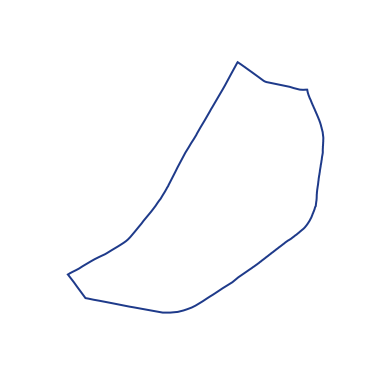 Ain Shams, Al Qahirah, Egypt, rotated 163°
{"feature_id": "37247803B66210800118153", "entity_name": "Ain Shams", "entity_type": "district", "adm_level": 2, "iso_a3": "EGY", "parent_name": "Egypt", "parent_adm1": "Al Qahirah", "projection": "robinson", "projection_center": [31.326, 30.123], "detail": "fine", "context": "isolated", "style": "outline", "palette": "blue", "viewbox_px": 384, "rotation_deg": 163, "n_neighbors": 0, "source": "geoboundaries", "source_scale": "gbopen_adm2", "svg_char_len": 5675}
<svg xmlns="http://www.w3.org/2000/svg" viewBox="0 0 384 384"><g transform="rotate(163 192 192)"><path d="M334.8,149.4L331.3,140.1L329.7,135.3L328.0,130.5L324.9,121.7L322.2,120.3L317.7,117.8L312.4,115.1L307.1,112.3L302.0,109.6L296.2,106.5L291.0,103.7L285.4,100.7L281.4,98.7L271.7,93.7L255.2,85.2L247.9,83.0L240.7,81.5L238.9,81.4L234.7,81.2L231.0,81.3L226.1,81.6L221.9,82.3L217.9,83.3L213.6,84.4L208.9,85.8L205.4,86.8L201.9,87.7L195.8,89.5L190.8,91.0L185.1,92.5L179.8,93.9L175.7,95.6L172.6,96.9L169.1,98.0L161.2,100.5L160.3,100.8L157.0,101.8L156.5,102.0L156.0,102.2L155.0,102.5L154.6,102.6L154.2,102.7L153.9,102.8L153.5,103.0L152.7,103.2L152.0,103.5L151.2,103.7L150.5,104.0L149.6,104.3L148.7,104.6L147.9,105.0L147.0,105.3L146.7,105.4L146.3,105.5L146.0,105.7L145.7,105.8L145.0,106.1L144.4,106.3L143.6,106.6L142.9,106.8L142.1,107.2L141.7,107.3L141.3,107.4L140.5,107.8L140.4,107.8L139.7,108.1L139.0,108.3L138.3,108.6L138.2,108.6L137.7,108.8L137.0,109.1L136.5,109.3L136.2,109.4L136.0,109.5L135.6,109.6L135.1,109.8L134.5,110.1L134.3,110.1L134.2,110.2L133.6,110.4L132.8,110.7L132.7,110.7L132.1,110.9L131.4,111.2L130.8,111.4L130.7,111.5L130.1,111.7L129.5,111.9L128.8,112.2L128.4,112.4L128.2,112.4L127.9,112.5L127.5,112.7L127.2,112.8L126.8,112.9L126.1,113.2L125.7,113.3L125.4,113.5L124.6,113.8L124.2,113.9L123.9,114.0L123.4,114.2L122.8,114.4L122.3,114.6L121.8,114.8L121.2,115.0L120.6,115.3L120.4,115.3L119.9,115.5L119.6,115.6L119.3,115.7L118.8,115.9L118.4,116.1L118.1,116.2L117.9,116.3L117.4,116.5L117.0,116.6L116.8,116.7L116.6,116.8L116.2,116.9L115.9,117.0L115.2,117.2L114.8,117.4L114.3,117.5L113.7,117.6L113.4,117.7L113.1,117.8L112.9,117.8L112.5,117.9L111.9,118.1L111.5,118.2L111.2,118.3L110.8,118.4L110.4,118.5L109.9,118.8L109.3,119.0L108.7,119.2L108.3,119.4L108.1,119.4L107.6,119.6L106.2,120.2L104.9,120.6L104.5,120.7L104.1,120.9L103.4,121.2L102.7,121.5L102.4,121.6L102.1,121.7L101.2,122.1L100.4,122.5L100.0,122.6L99.6,122.8L98.7,123.2L98.0,123.5L97.2,123.8L96.5,124.1L95.6,124.5L95.3,124.7L94.9,124.9L94.6,125.1L94.0,125.4L93.7,125.7L93.4,125.9L92.7,126.3L92.3,126.6L91.9,126.9L91.4,127.3L90.8,127.7L90.3,128.2L89.7,128.6L89.2,129.1L88.8,129.4L88.5,129.7L88.1,130.0L87.8,130.3L87.4,130.7L87.0,131.1L86.6,131.5L86.3,131.9L85.9,132.2L85.5,132.6L85.1,133.1L84.8,133.4L84.4,134.0L84.1,134.3L83.9,134.6L83.4,135.2L83.0,135.8L82.5,136.3L82.1,136.8L81.9,137.1L81.7,137.4L81.2,137.9L80.9,138.3L80.6,138.8L80.2,139.2L79.9,139.6L79.7,139.9L79.5,140.3L79.3,140.6L79.1,140.9L78.8,141.3L78.6,141.6L78.3,141.9L78.1,142.1L77.8,142.3L77.6,142.8L77.3,143.4L77.1,144.0L76.8,144.6L76.4,145.5L76.0,146.4L75.7,147.0L75.4,147.6L75.2,148.2L74.9,148.8L74.8,149.1L74.7,149.4L74.3,150.5L74.2,150.8L74.0,151.4L73.7,152.3L73.4,153.2L73.2,153.6L73.0,154.1L72.7,154.9L72.6,155.3L72.4,155.6L71.7,157.3L70.9,159.0L70.1,160.7L69.3,162.3L68.8,163.5L68.5,164.1L68.3,164.7L67.7,165.9L67.2,167.1L67.0,167.6L66.8,168.0L66.6,168.5L66.3,169.0L65.9,169.9L65.7,170.3L65.5,170.7L65.0,171.6L64.8,172.1L64.6,172.5L64.2,173.3L64.0,173.7L63.8,174.1L63.5,174.9L63.3,175.3L63.1,175.7L62.8,176.3L62.7,176.5L62.5,176.9L62.3,177.3L61.9,178.1L61.7,178.5L61.5,178.9L61.1,179.8L60.9,180.3L60.6,180.7L60.2,181.6L59.7,182.5L59.5,183.0L59.2,183.6L59.0,184.1L58.7,184.6L58.2,185.6L58.0,186.2L57.7,186.8L57.2,187.9L56.6,189.0L56.3,189.6L56.0,190.2L55.7,190.8L55.4,191.4L55.3,191.9L55.0,192.7L55.0,193.0L54.9,193.1L54.6,194.1L54.4,194.8L54.1,195.5L53.8,196.3L53.6,197.0L53.5,197.4L53.3,197.7L53.0,198.4L52.8,199.1L52.6,199.6L52.4,200.1L52.2,200.6L52.1,201.1L51.8,201.7L51.6,202.3L51.4,203.0L51.2,203.6L51.0,204.1L50.8,204.6L50.7,205.1L50.5,205.7L50.4,206.1L50.4,206.4L50.3,206.8L50.2,207.2L50.2,207.5L50.1,208.1L49.9,208.9L49.9,209.3L49.8,209.7L49.6,210.6L49.6,210.9L49.5,211.3L49.5,211.8L49.5,212.6L49.4,213.4L49.4,214.1L49.4,214.8L49.3,215.5L49.3,216.1L49.3,217.0L49.2,217.8L49.2,218.6L49.2,219.5L49.2,220.0L49.2,220.6L49.2,221.4L49.3,222.3L49.3,222.8L49.3,223.3L49.4,224.4L49.5,224.9L49.5,225.4L49.6,226.5L49.7,227.5L49.8,228.4L49.9,229.3L49.9,229.8L50.0,230.2L50.1,231.1L50.2,231.7L50.2,232.3L50.4,233.4L50.4,234.0L50.5,234.6L50.6,235.8L50.8,236.9L50.9,237.9L50.9,238.2L51.0,239.0L51.1,239.5L51.2,240.1L51.2,240.7L51.3,241.3L51.4,241.9L51.4,242.5L51.5,243.2L51.5,243.8L51.6,244.2L51.6,244.4L51.6,245.1L51.7,245.6L51.8,246.1L51.8,246.6L51.9,247.0L52.0,247.4L52.0,248.2L52.1,248.9L52.1,249.6L52.2,250.3L52.2,251.0L52.2,251.6L52.2,252.2L52.2,252.9L52.2,253.5L52.1,254.3L52.1,254.7L52.0,255.2L52.0,255.5L51.9,256.2L52.5,256.4L55.8,257.2L59.0,258.4L64.3,261.6L67.2,263.6L67.5,263.8L67.8,264.0L87.4,274.7L87.6,274.8L87.8,274.9L88.2,275.1L88.5,275.3L88.9,275.5L89.2,275.8L89.5,276.0L89.8,276.2L90.1,276.5L90.4,276.8L90.7,277.1L91.0,277.4L91.2,277.7L97.4,286.0L107.7,299.5L110.4,302.8L110.9,302.4L111.2,302.1L120.0,293.5L129.3,284.3L132.8,281.0L135.1,278.9L148.0,267.0L149.6,265.6L151.2,264.0L158.8,256.9L164.9,251.4L170.0,246.6L170.5,246.1L171.0,245.5L174.8,242.1L178.5,239.0L182.1,235.7L186.8,231.6L192.2,226.2L198.7,219.7L202.0,216.2L211.0,206.9L211.7,206.2L212.1,205.8L212.4,205.5L212.5,205.3L212.7,205.1L213.0,204.7L214.2,203.7L214.8,203.2L215.3,202.6L216.2,201.8L216.7,201.3L217.1,200.9L218.1,200.0L218.5,199.6L219.0,199.2L221.5,197.0L224.0,194.7L225.9,193.4L228.1,191.7L230.9,189.4L233.8,187.3L236.9,185.1L239.8,183.2L243.6,180.7L246.8,178.6L249.5,176.6L252.7,174.5L254.8,173.1L258.7,170.5L264.3,166.9L267.2,165.3L269.5,164.3L272.2,163.4L272.9,163.2L273.6,163.0L276.1,162.3L278.7,161.6L285.6,159.9L291.3,158.4L293.5,157.9L296.5,157.5L299.9,157.0L304.7,156.2L307.0,155.7L308.8,155.3L318.3,153.0L322.5,151.8L325.6,151.2L329.8,150.5L332.9,149.9L333.4,149.7L333.8,149.6L334.8,149.4Z" fill="none" stroke="#1e3a8a" stroke-width="2"/></g></svg>